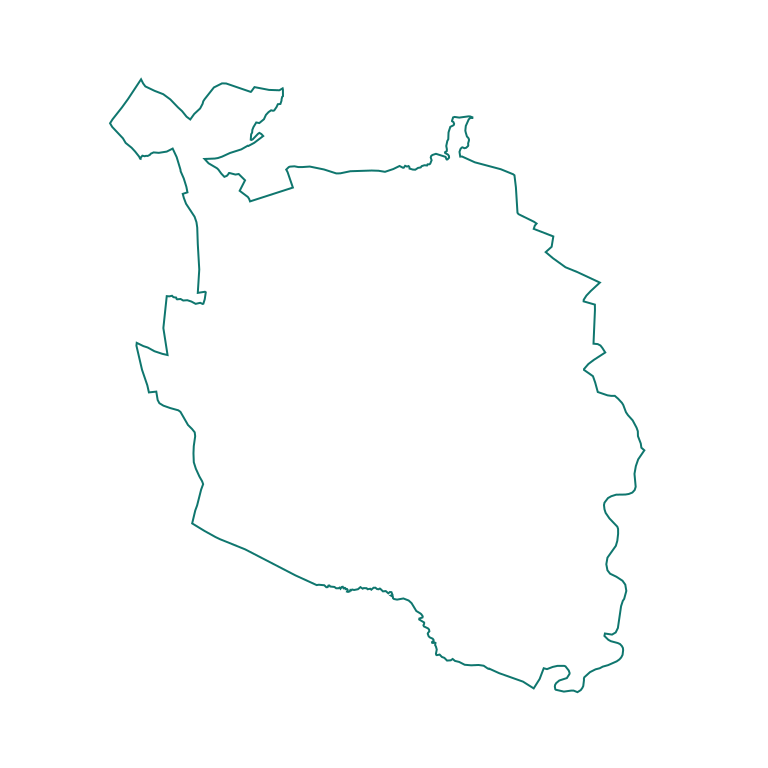 outline of Suseni, Mures, Romania, rotated 356°
{"feature_id": "2599482B78357474584044", "entity_name": "Suseni", "entity_type": "district", "adm_level": 2, "iso_a3": "ROU", "parent_name": "Romania", "parent_adm1": "Mures", "projection": "orthographic", "projection_center": [24.705, 46.834], "detail": "fine", "context": "isolated", "style": "outline", "palette": "teal", "viewbox_px": 768, "rotation_deg": 356, "n_neighbors": 0, "source": "geoboundaries", "source_scale": "gbopen_adm2", "svg_char_len": 6136}
<svg xmlns="http://www.w3.org/2000/svg" viewBox="0 0 768 768"><g transform="rotate(356 384 384)"><path d="M639.1,468.3L636.3,465.5L636.0,461.3L633.7,453.7L633.9,448.8L632.9,445.2L629.5,437.6L625.2,432.1L623.4,429.0L621.2,421.6L620.1,419.5L616.6,415.1L613.4,411.9L609.9,411.7L606.2,410.9L596.7,406.9L594.8,397.4L593.0,390.8L584.5,383.9L584.6,383.0L589.3,378.3L594.8,374.7L606.9,368.0L604.3,363.2L602.6,360.7L600.0,359.1L595.8,358.4L599.6,324.9L599.9,319.5L588.9,315.5L589.1,313.9L592.1,309.9L596.8,305.6L606.4,297.9L584.6,285.8L573.2,280.2L561.3,270.3L554.5,263.7L560.8,258.8L563.2,248.6L544.2,239.7L545.5,236.5L547.4,234.6L544.9,232.6L530.1,224.0L529.1,222.5L529.3,197.0L528.7,184.9L527.5,183.8L515.5,177.9L490.1,169.2L477.7,162.5L475.9,162.5L475.5,157.7L476.7,154.9L478.0,153.6L478.8,153.4L480.7,154.4L482.4,154.1L484.4,152.5L484.7,151.8L484.7,149.8L485.7,147.1L485.8,145.8L485.2,144.3L484.0,142.9L483.1,138.9L482.8,137.0L483.6,132.3L487.0,125.9L488.7,124.6L490.7,124.8L490.8,124.1L488.6,123.1L486.9,122.9L477.7,123.5L473.0,122.5L471.5,122.9L470.2,126.2L470.2,126.6L471.5,127.5L472.1,129.3L471.8,130.3L471.2,130.8L468.1,132.1L466.3,136.5L465.9,137.7L465.2,144.3L464.1,146.0L462.7,150.9L463.1,154.2L462.9,156.0L461.0,157.1L461.1,157.8L463.9,159.7L464.7,161.1L464.7,162.8L463.0,164.4L462.2,164.4L461.9,163.9L461.2,161.7L451.9,158.0L448.3,158.9L447.0,159.8L446.4,161.3L447.1,164.1L445.5,167.4L444.7,168.0L442.8,167.9L442.2,169.0L439.6,168.6L436.8,169.3L435.7,170.5L433.0,170.8L430.2,172.4L427.7,172.1L424.5,170.9L424.5,169.5L423.7,168.3L422.1,168.7L420.3,167.8L418.8,169.6L418.0,169.6L414.7,167.6L408.3,170.2L399.8,172.4L393.4,170.9L386.6,170.2L365.3,169.4L355.0,170.8L351.1,170.6L339.1,165.8L325.1,161.9L317.4,161.9L313.6,161.6L309.9,160.6L305.3,160.6L304.1,161.0L301.4,163.3L302.6,165.9L306.8,181.7L263.1,192.5L262.4,190.0L261.3,188.0L253.5,181.2L259.6,171.1L253.7,164.4L250.4,164.7L244.5,162.7L243.9,162.8L243.4,163.8L241.7,165.4L239.2,166.2L236.4,162.8L233.7,158.5L232.4,157.1L224.4,151.6L220.7,147.0L230.9,147.3L234.1,147.0L238.3,145.9L246.5,142.8L258.0,140.0L264.7,136.8L265.3,137.1L271.3,134.4L280.8,128.2L279.1,126.1L277.2,124.8L275.8,125.6L270.1,130.8L268.7,131.3L268.1,131.0L268.9,125.6L270.0,124.0L270.4,121.3L271.7,118.6L274.8,114.2L277.8,115.0L282.7,111.5L285.0,107.3L287.8,104.7L290.5,103.1L292.4,103.7L293.6,103.4L296.2,100.1L297.6,97.5L300.2,97.4L301.5,94.3L301.7,92.8L302.5,90.4L303.3,89.8L303.7,83.2L303.5,82.0L300.1,83.7L289.8,82.6L275.5,78.8L271.8,83.2L271.4,83.3L247.5,73.2L243.4,72.8L235.0,76.3L224.9,87.4L223.4,89.4L222.6,91.8L219.8,96.3L213.5,101.4L209.2,106.6L205.7,103.6L201.6,97.7L197.8,93.7L190.7,85.2L184.0,79.5L175.7,75.6L166.7,70.5L164.7,67.4L162.9,63.1L148.5,81.9L141.8,89.9L131.7,101.0L128.9,104.8L130.8,108.6L140.7,120.7L143.1,125.5L148.7,130.7L151.9,134.7L155.6,140.1L156.4,142.2L156.9,142.4L157.2,141.1L158.9,139.4L161.2,140.1L162.4,139.8L164.2,140.0L166.4,139.1L167.4,138.0L170.3,136.9L175.5,137.7L183.5,137.0L189.6,134.4L193.0,143.2L195.9,155.9L196.0,157.7L198.6,165.0L200.6,173.5L201.3,179.1L196.5,180.3L197.3,184.4L199.1,190.4L206.7,203.9L208.2,209.5L208.6,214.9L208.0,231.4L207.7,256.9L204.6,280.1L211.8,279.5L212.6,280.1L211.1,286.9L209.4,291.3L208.7,291.5L206.3,290.2L201.7,290.9L197.6,288.3L193.6,286.7L189.5,286.7L187.0,285.0L183.5,285.1L183.0,284.6L182.7,283.3L180.0,282.7L178.7,281.2L176.0,281.6L173.4,281.2L167.8,312.8L170.1,340.0L165.1,338.5L157.3,335.3L150.8,331.1L146.6,329.4L140.2,325.7L139.7,328.5L143.6,352.9L147.8,368.8L148.9,376.0L156.3,375.7L157.1,384.2L158.6,387.5L162.4,390.2L169.1,393.1L177.0,395.9L179.0,397.6L185.6,411.2L189.3,415.4L191.8,419.0L192.0,422.9L189.9,432.7L189.1,439.8L188.8,448.8L190.4,455.4L193.4,463.4L195.8,468.4L196.6,471.3L194.2,476.6L189.1,492.1L186.9,497.0L182.9,509.7L194.9,518.2L205.2,524.9L209.6,527.4L234.0,539.3L282.4,568.8L302.8,579.9L305.0,579.7L310.4,580.6L312.3,582.7L313.6,582.7L314.5,581.2L315.5,581.2L316.3,582.3L320.4,583.0L322.0,584.4L324.3,584.6L325.6,584.0L326.3,585.2L327.8,583.5L328.7,583.4L329.4,585.0L330.6,584.6L330.9,584.7L331.3,585.9L332.1,585.7L332.9,586.0L333.4,587.0L332.6,588.5L333.6,588.9L335.3,588.5L336.1,587.1L336.8,587.6L337.9,586.8L339.8,587.4L343.7,586.9L346.3,585.0L348.5,586.7L349.5,586.2L352.4,586.5L353.3,587.6L356.0,587.3L357.0,588.3L359.4,586.5L361.2,586.6L362.8,588.1L364.4,588.4L365.3,587.8L365.9,587.9L368.5,590.8L371.3,590.7L373.7,593.1L375.4,591.9L376.9,592.2L377.8,595.0L376.1,595.5L378.0,596.9L378.1,598.4L379.0,599.2L382.0,600.0L388.4,599.3L393.5,601.7L396.2,604.5L400.4,612.7L404.1,615.3L405.1,616.2L406.2,618.0L406.4,618.6L406.1,619.6L402.9,620.4L402.7,621.4L407.4,624.7L407.3,626.1L406.5,627.4L406.9,628.6L410.9,630.9L411.8,632.1L412.0,633.9L410.6,635.3L410.2,636.2L411.0,638.9L412.2,640.1L414.7,641.4L415.5,642.5L415.6,643.6L414.0,644.7L413.9,645.4L414.8,645.8L416.5,645.4L417.3,645.9L416.8,648.0L417.5,649.6L418.1,652.6L417.0,656.7L417.2,657.8L417.8,658.2L420.6,657.8L422.7,660.3L425.1,661.4L427.6,664.3L431.3,664.3L433.3,663.1L435.5,665.2L439.6,666.5L444.9,669.7L451.3,670.7L458.8,670.9L463.8,672.0L467.7,675.1L468.9,675.6L469.1,675.3L478.7,680.5L501.9,690.6L512.1,698.1L518.7,689.1L523.5,678.7L526.7,679.8L532.6,678.0L537.3,677.3L543.9,677.7L545.3,678.3L548.3,682.7L549.0,685.3L548.8,686.2L545.9,690.1L538.2,692.0L534.9,694.4L533.7,696.1L533.3,697.8L533.6,700.5L534.1,701.0L542.0,703.4L549.5,702.9L551.8,703.1L555.5,704.9L558.9,703.1L560.6,701.1L561.7,699.2L562.8,693.5L562.9,691.6L563.4,690.5L569.4,685.8L575.1,683.4L579.4,682.6L582.5,681.2L587.9,680.1L596.8,676.9L599.6,675.2L601.5,673.4L603.1,670.8L604.0,666.1L603.9,664.0L603.0,662.0L601.3,659.9L599.1,658.7L592.4,656.4L589.9,654.8L586.3,650.7L587.0,648.3L594.0,649.9L597.8,648.0L600.3,643.7L605.0,622.2L607.1,617.0L608.6,615.1L611.3,607.3L610.7,601.0L608.2,596.9L602.4,592.5L596.3,589.0L593.9,585.4L593.2,579.3L594.8,572.8L604.0,561.6L605.8,556.7L607.1,549.8L607.4,544.9L606.8,542.6L599.5,533.8L596.1,528.0L595.2,524.3L595.0,520.1L595.7,517.7L599.5,513.4L602.9,511.8L607.9,510.6L617.0,511.1L620.5,510.8L624.2,509.6L626.7,507.2L627.9,504.1L627.6,491.1L629.5,483.5L632.3,476.9L639.1,468.3Z" fill="none" stroke="#0f766e" stroke-width="2"/></g></svg>